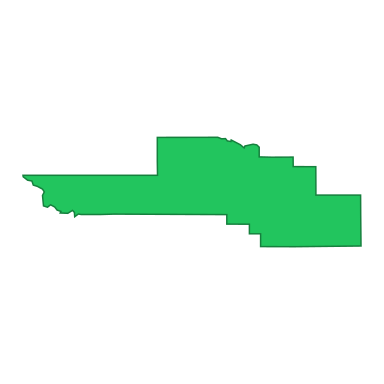 outline of Pondera, Montana, United States of America
{"feature_id": "52423323B52290427367447", "entity_name": "Pondera", "entity_type": "district", "adm_level": 2, "iso_a3": "USA", "parent_name": "United States of America", "parent_adm1": "Montana", "projection": "robinson", "projection_center": [-112.508, 48.234], "detail": "fine", "context": "isolated", "style": "filled", "palette": "green", "viewbox_px": 384, "rotation_deg": 0, "n_neighbors": 0, "source": "geoboundaries", "source_scale": "gbopen_adm2", "svg_char_len": 805}
<svg xmlns="http://www.w3.org/2000/svg" viewBox="0 0 384 384"><path d="M81.1,214.5L100.9,214.5L113.8,214.1L226.8,214.6L226.8,224.1L249.4,224.2L249.4,233.8L260.6,233.8L260.6,246.6L294.5,246.7L361.0,246.0L360.7,214.3L360.6,195.1L315.9,195.1L315.9,188.8L315.8,166.7L293.2,166.6L293.1,157.1L271.4,157.2L259.2,156.9L259.2,147.2L256.8,144.9L253.1,144.2L244.9,146.0L244.1,147.9L240.3,144.7L231.2,140.0L230.9,141.5L227.3,140.9L225.5,138.6L221.6,138.8L217.8,137.3L157.3,137.4L157.3,161.0L157.5,175.3L156.6,175.3L23.0,175.3L23.2,176.8L27.6,180.2L31.9,181.0L33.3,185.1L37.2,186.3L42.5,189.1L44.3,191.9L42.5,195.5L43.5,205.9L47.5,207.2L50.6,204.8L54.7,207.0L57.1,210.1L60.9,211.4L60.2,213.0L67.8,213.3L72.5,210.4L74.4,212.4L74.7,216.7L78.4,214.0L81.1,214.5Z" fill="#22c55e" stroke="#15803d" stroke-width="1.5"/></svg>